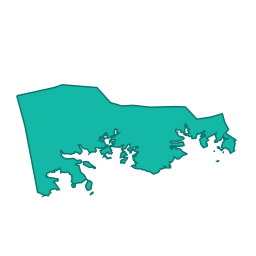 the district of Kota Bontang, Kalimantan Timur, Indonesia, rotated 77°
{"feature_id": "22746128B2679722836886", "entity_name": "Kota Bontang", "entity_type": "district", "adm_level": 2, "iso_a3": "IDN", "parent_name": "Indonesia", "parent_adm1": "Kalimantan Timur", "projection": "equal_earth", "projection_center": [117.495, 0.112], "detail": "fine", "context": "isolated", "style": "filled", "palette": "teal", "viewbox_px": 256, "rotation_deg": 77, "n_neighbors": 0, "source": "geoboundaries", "source_scale": "gbopen_adm2", "svg_char_len": 5974}
<svg xmlns="http://www.w3.org/2000/svg" viewBox="0 0 256 256"><g transform="rotate(77 128 128)"><path d="M170.2,230.5L174.3,225.0L175.2,225.9L174.7,223.7L176.1,220.9L174.1,219.3L173.7,217.8L172.6,218.3L171.1,217.5L170.5,214.5L171.1,212.1L172.4,211.2L172.5,208.7L164.7,211.8L164.2,212.8L163.2,211.7L163.7,208.0L161.9,207.6L157.6,218.0L157.2,217.6L156.6,218.2L156.6,217.2L156.2,218.6L153.4,216.7L153.8,215.3L153.0,213.7L153.4,212.3L153.9,212.3L154.5,209.4L154.1,209.0L152.7,209.8L152.2,207.7L153.2,207.5L153.5,206.6L152.5,205.9L152.6,204.9L151.9,204.2L152.4,203.8L151.9,203.6L153.1,203.0L156.5,203.5L156.1,201.9L157.0,200.2L157.4,196.5L158.1,195.7L160.0,195.2L161.1,193.4L165.4,194.1L167.2,195.3L169.7,193.8L170.7,192.0L170.1,190.3L170.7,185.5L168.3,180.2L164.2,181.2L160.2,184.1L153.7,184.3L151.8,187.4L150.8,185.7L151.8,183.3L151.4,181.8L150.5,180.6L148.7,181.3L148.3,182.9L148.5,184.7L145.4,187.9L144.2,195.1L143.0,196.9L140.0,199.5L137.8,197.9L136.6,198.8L134.9,198.9L135.6,197.6L136.8,197.5L138.8,196.1L139.2,193.2L140.8,189.3L140.3,185.5L139.1,185.1L141.0,181.9L142.4,181.4L142.5,180.4L140.9,178.3L138.7,178.1L136.9,179.3L134.0,179.6L133.4,181.0L133.5,178.7L134.0,178.0L136.3,177.5L138.2,175.7L139.5,172.3L143.3,171.0L144.2,171.5L143.2,169.6L143.5,166.6L144.1,165.3L143.0,163.9L140.1,164.7L140.0,162.4L141.4,160.6L141.3,158.3L142.1,157.6L142.7,158.9L140.7,152.6L140.0,151.9L139.8,153.6L136.3,154.1L134.9,157.1L134.2,154.0L132.8,152.5L131.9,154.5L133.0,158.7L131.8,157.6L130.6,157.8L130.4,156.9L131.7,155.7L130.8,155.0L130.9,153.8L129.8,154.0L129.6,153.5L130.3,151.4L129.8,150.9L128.0,151.8L128.1,149.8L130.6,149.5L133.0,150.9L133.5,150.0L133.3,148.5L132.0,145.2L131.9,143.6L130.9,142.1L128.6,142.9L127.4,141.2L126.1,140.7L127.2,138.7L129.8,139.9L131.0,137.5L131.4,139.9L133.1,143.0L133.1,145.7L135.0,147.0L136.1,148.8L138.1,149.2L135.8,145.8L135.7,143.7L137.5,143.1L138.1,146.3L139.0,147.2L139.8,146.8L139.9,145.1L140.6,146.3L141.1,145.8L141.4,152.0L143.9,160.4L147.8,159.5L147.6,158.2L148.4,156.8L150.5,158.4L150.3,157.5L151.6,155.8L153.3,155.2L153.4,151.4L152.9,151.5L152.9,154.3L149.3,156.7L146.8,153.9L147.1,153.1L148.8,152.6L148.6,151.7L149.5,150.1L148.5,148.8L146.9,149.9L145.8,148.8L143.7,150.3L141.7,148.0L143.0,146.4L144.9,140.1L142.9,136.8L143.4,136.1L146.9,139.0L150.6,138.3L151.0,140.3L155.2,142.1L155.3,138.3L156.2,138.0L157.6,139.3L157.8,141.5L158.9,142.8L160.6,142.7L160.7,140.7L161.5,139.4L159.3,138.0L158.5,136.4L156.8,135.1L156.1,136.1L156.2,137.7L154.4,138.2L153.7,135.7L154.7,134.7L150.3,136.4L149.8,137.0L150.4,137.9L147.1,138.6L146.6,138.1L147.6,137.3L147.4,135.2L144.3,131.9L143.9,129.9L147.5,130.2L148.0,132.6L148.9,133.3L150.2,132.7L150.5,131.2L152.8,131.6L152.8,130.5L151.6,130.0L150.0,127.7L149.3,129.0L148.5,128.0L148.0,124.0L148.7,122.2L149.4,122.1L149.3,124.4L151.5,127.1L152.5,126.2L153.5,123.6L154.1,123.6L154.3,125.7L154.6,124.4L155.7,128.8L156.4,128.2L155.7,126.7L156.6,126.2L157.4,127.6L156.6,129.7L160.7,129.9L160.9,128.8L162.0,129.0L162.9,128.2L163.1,129.0L163.6,129.0L164.5,127.3L165.6,130.0L166.4,129.7L165.3,131.6L166.0,133.1L168.7,130.5L170.2,126.8L170.5,124.8L172.1,123.1L172.2,121.3L174.2,119.6L175.7,116.1L178.3,113.9L178.8,112.9L178.2,111.5L178.3,109.4L177.4,107.6L175.5,106.0L175.0,104.4L175.5,104.1L175.4,102.3L173.4,100.7L174.1,99.8L173.8,100.8L174.5,100.2L175.2,100.7L176.4,95.6L175.1,95.1L174.1,96.2L173.7,95.2L172.4,95.8L171.4,95.0L170.5,95.2L171.2,93.2L167.3,88.9L166.9,89.1L167.5,88.1L169.0,87.5L169.6,85.3L166.9,80.4L166.8,76.7L166.3,76.7L166.4,77.8L165.6,77.4L163.4,80.1L160.3,81.8L159.1,84.2L159.3,85.6L158.2,85.3L156.6,88.7L158.4,89.6L158.4,90.2L156.4,91.3L155.4,90.6L154.8,89.1L155.4,88.8L156.3,89.7L155.7,87.5L157.2,82.9L157.8,78.7L157.5,77.2L154.2,77.5L153.6,78.3L153.7,84.0L152.4,88.6L151.5,89.9L150.6,88.1L152.0,82.9L151.6,77.7L150.8,75.7L149.4,76.2L147.6,80.0L144.9,81.4L143.5,80.6L142.3,82.3L141.4,82.3L139.9,81.3L141.1,80.3L141.3,78.3L142.5,77.1L143.6,77.7L144.6,76.4L145.0,74.5L144.4,74.4L143.9,73.3L142.4,73.4L139.9,71.5L138.0,72.4L137.1,71.3L137.5,70.5L139.0,70.6L140.0,69.7L140.4,70.4L141.9,70.5L143.1,68.6L144.1,70.5L146.7,69.0L147.3,71.9L145.7,73.5L146.5,75.0L148.4,73.2L147.9,72.1L150.2,70.0L150.2,67.9L152.7,68.0L153.3,64.2L149.1,61.9L149.1,61.2L149.7,61.2L149.7,58.1L149.2,58.1L149.2,56.5L148.0,53.9L148.7,53.7L149.8,56.2L152.5,59.1L152.9,58.4L152.6,56.3L151.5,55.4L152.0,54.2L153.4,55.0L153.3,56.4L154.1,59.0L155.5,60.8L160.9,60.5L164.2,58.8L163.5,54.9L161.5,54.4L159.9,55.4L158.7,54.3L158.1,52.3L158.4,52.0L155.5,53.7L154.1,48.0L154.3,47.5L153.6,46.6L153.8,44.5L153.2,44.5L152.8,43.2L155.3,44.6L158.2,44.1L159.8,45.3L160.2,46.6L161.5,46.5L161.8,44.5L160.9,43.6L160.5,40.3L156.7,36.5L159.6,37.0L160.8,32.8L161.3,34.4L160.8,37.2L162.5,37.3L163.3,38.8L167.2,41.1L169.2,40.5L169.6,39.4L169.0,39.0L169.1,37.6L172.0,34.5L175.6,33.9L174.1,29.1L172.5,29.8L167.2,27.1L164.7,27.8L164.6,26.1L164.0,25.5L155.0,34.2L151.9,30.3L144.6,32.4L135.3,32.9L136.0,45.4L134.9,58.9L120.4,67.4L117.5,78.4L112.8,101.5L107.1,117.9L105.2,128.9L99.3,139.4L81.6,149.2L71.1,182.4L72.0,190.8L71.6,228.4L72.1,229.1L103.1,227.9L170.2,230.5ZM179.2,177.9L173.8,175.6L172.5,175.6L170.8,177.2L170.4,178.6L174.7,182.3L177.9,182.2L179.8,181.0L179.2,177.9ZM153.5,179.5L157.6,174.6L158.2,171.2L159.9,169.9L159.9,169.1L159.1,168.7L155.0,172.6L152.0,174.4L150.9,177.9L151.2,179.1L153.5,179.5ZM173.8,193.9L173.2,192.6L172.1,192.2L169.8,194.1L170.3,195.4L171.6,195.8L173.3,195.1L173.8,193.9ZM170.9,41.9L170.4,41.1L169.4,42.8L169.9,42.9L170.9,41.9ZM168.5,43.3L167.8,43.1L167.4,44.4L168.1,44.7L168.5,43.3ZM183.5,177.7L183.6,176.8L182.7,176.8L182.8,177.7L183.5,177.7ZM180.5,48.8L180.9,47.9L180.5,47.2L180.0,47.8L180.5,48.8ZM184.9,180.1L184.0,178.6L183.7,177.7L183.9,179.2L184.9,180.1ZM166.8,45.1L167.2,44.8L167.1,43.7L166.6,44.2L166.8,45.1ZM172.7,41.2L173.2,40.7L172.9,40.6L172.7,41.2ZM169.1,180.0L169.5,179.5L169.2,179.3L169.1,180.0ZM170.1,49.2L170.2,48.6L169.9,49.1L170.1,49.2Z" fill="#14b8a6" stroke="#0f766e" stroke-width="1.5"/></g></svg>